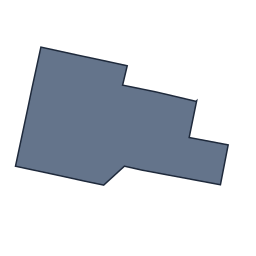 outline of Quitman, Mississippi, United States of America, rotated 102°
{"feature_id": "52423323B70800953145175", "entity_name": "Quitman", "entity_type": "district", "adm_level": 2, "iso_a3": "USA", "parent_name": "United States of America", "parent_adm1": "Mississippi", "projection": "albers", "projection_center": [-90.295, 34.292], "detail": "fine", "context": "isolated", "style": "filled", "palette": "slate", "viewbox_px": 256, "rotation_deg": 102, "n_neighbors": 0, "source": "geoboundaries", "source_scale": "gbopen_adm2", "svg_char_len": 398}
<svg xmlns="http://www.w3.org/2000/svg" viewBox="0 0 256 256"><g transform="rotate(102 128 128)"><path d="M188.8,189.4L189.0,158.7L188.9,139.9L166.1,123.6L166.3,105.4L164.3,25.8L123.7,26.5L124.6,66.2L87.0,66.5L87.8,67.1L86.9,108.0L87.2,142.2L67.3,141.7L67.2,159.9L67.2,192.4L67.0,230.0L109.0,230.2L129.4,230.1L188.8,230.1L188.8,189.4Z" fill="#64748b" stroke="#1e293b" stroke-width="1.5"/></g></svg>